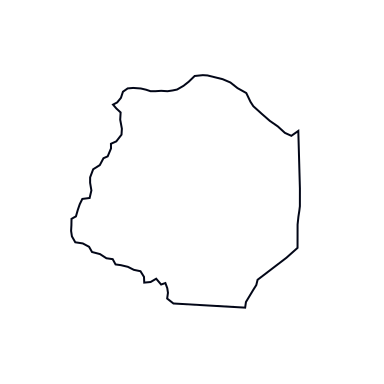 Japurá, Paraná, Brazil (Mercator projection), rotated 316°
{"feature_id": "56859067B24068118556484", "entity_name": "Japurá", "entity_type": "district", "adm_level": 2, "iso_a3": "BRA", "parent_name": "Brazil", "parent_adm1": "Paraná", "projection": "mercator", "projection_center": [-52.551, -23.437], "detail": "fine", "context": "isolated", "style": "outline", "palette": "ink", "viewbox_px": 384, "rotation_deg": 316, "n_neighbors": 0, "source": "geoboundaries", "source_scale": "gbopen_adm2", "svg_char_len": 1210}
<svg xmlns="http://www.w3.org/2000/svg" viewBox="0 0 384 384"><g transform="rotate(316 192 192)"><path d="M101.2,259.3L149.9,312.1L154.4,308.6L168.3,304.9L173.6,303.6L178.2,300.7L214.3,304.9L229.1,305.5L245.3,288.8L251.5,283.6L256.1,280.1L259.7,277.2L272.0,264.5L310.9,221.9L302.5,220.6L299.9,214.0L299.3,204.5L297.4,195.0L296.5,184.5L295.7,172.9L296.7,167.8L299.8,158.5L296.9,148.9L295.7,139.9L292.4,132.1L284.1,118.9L281.0,115.5L274.5,110.4L266.2,110.4L259.5,109.7L252.4,107.9L248.6,105.5L244.4,102.5L240.1,97.8L235.5,93.9L232.2,90.7L230.0,86.5L227.1,82.0L222.0,76.3L217.7,72.8L212.0,71.9L206.3,74.9L200.4,75.6L195.9,74.3L195.6,79.4L195.9,85.2L190.6,90.1L185.5,97.8L181.1,101.8L172.7,103.0L167.2,101.0L164.0,104.4L156.1,107.8L151.8,106.2L144.4,108.6L136.7,107.0L128.9,110.7L125.1,114.6L120.7,121.0L114.2,125.2L108.3,120.8L102.8,122.8L97.5,125.5L91.6,128.9L86.7,127.6L82.2,132.1L78.0,136.0L74.8,140.5L73.1,147.1L77.7,153.1L79.9,159.9L78.4,165.7L82.7,172.8L84.4,180.2L88.3,185.2L86.7,191.0L90.0,195.2L93.9,201.3L96.1,207.6L99.9,213.2L98.5,219.7L94.7,224.0L99.7,228.0L106.0,229.5L105.5,237.1L109.6,239.0L107.4,244.0L104.7,247.8L100.1,251.4L101.2,259.3Z" fill="none" stroke="#020617" stroke-width="2"/></g></svg>